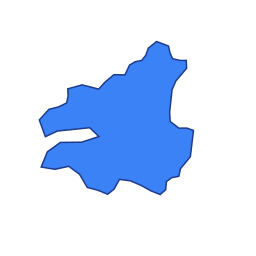 SVG path tracing the border of Străşeni, rotated 135°
{"feature_id": "MDA-1647", "entity_name": "Străşeni", "entity_type": "District", "adm_level": 1, "iso_a3": "MDA", "parent_name": "Moldova", "parent_adm1": "", "projection": "natural_earth1", "projection_center": [28.587, 47.172], "detail": "fine", "context": "isolated", "style": "filled", "palette": "blue", "viewbox_px": 256, "rotation_deg": 135, "n_neighbors": 0, "source": "natural_earth", "source_scale": "10m", "svg_char_len": 819}
<svg xmlns="http://www.w3.org/2000/svg" viewBox="0 0 256 256"><g transform="rotate(135 128 128)"><path d="M198.8,114.7L195.0,129.5L197.0,142.8L208.9,150.5L217.0,161.8L201.8,168.2L186.0,165.6L171.0,150.9L154.6,142.5L154.9,155.3L180.1,175.8L192.6,180.3L185.0,196.4L170.7,197.1L162.4,192.2L153.8,189.1L147.7,193.0L142.9,198.3L129.9,190.9L121.3,176.3L111.4,176.7L100.3,175.7L92.6,167.7L82.4,171.4L76.1,169.8L70.6,166.1L63.8,166.9L57.2,170.1L46.6,168.9L41.4,157.3L45.0,151.8L47.5,145.5L43.4,139.0L39.0,134.6L44.3,128.8L61.0,127.4L69.8,123.9L87.2,109.9L93.6,102.8L92.1,91.9L86.5,86.4L83.4,80.0L104.2,63.6L119.7,62.1L126.2,57.9L132.3,62.0L138.7,62.9L145.0,57.7L152.3,58.2L156.3,67.5L159.3,78.1L163.7,89.0L170.4,97.7L181.1,94.6L189.2,95.5L193.5,105.7L198.8,114.7Z" fill="#3b82f6" stroke="#1e3a8a" stroke-width="1.5"/></g></svg>